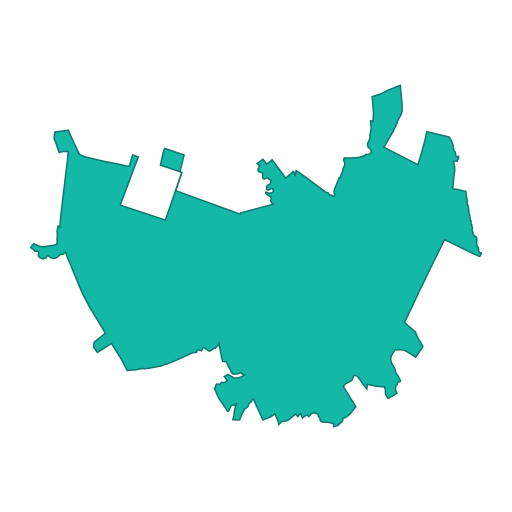 Podu Iloaiei, Iasi, Romania
{"feature_id": "2599482B47380888133055", "entity_name": "Podu Iloaiei", "entity_type": "district", "adm_level": 2, "iso_a3": "ROU", "parent_name": "Romania", "parent_adm1": "Iasi", "projection": "orthographic", "projection_center": [27.271, 47.215], "detail": "fine", "context": "isolated", "style": "filled", "palette": "teal", "viewbox_px": 512, "rotation_deg": 0, "n_neighbors": 0, "source": "geoboundaries", "source_scale": "gbopen_adm2", "svg_char_len": 6062}
<svg xmlns="http://www.w3.org/2000/svg" viewBox="0 0 512 512"><path d="M97.3,352.4L111.5,343.5L122.9,361.9L124.4,365.3L127.3,370.7L128.9,370.3L135.7,369.8L142.5,368.5L144.8,368.7L149.7,368.1L161.0,366.0L164.7,364.5L167.6,363.8L174.0,361.2L193.6,352.4L195.9,352.6L196.4,352.4L197.3,350.0L197.7,349.7L201.3,350.7L201.9,350.2L202.6,348.2L203.2,347.7L204.0,347.7L204.6,348.0L209.3,351.2L211.9,349.8L213.2,348.7L214.3,348.2L215.4,348.2L215.7,348.0L216.3,347.0L218.1,345.3L219.0,343.1L221.5,357.1L222.7,361.4L226.2,361.8L230.9,371.2L232.4,373.7L233.8,374.1L237.0,374.0L238.5,373.5L240.7,372.5L242.5,374.2L243.7,374.9L244.5,375.0L242.0,376.5L238.4,377.9L234.4,378.1L227.7,374.3L224.2,376.6L227.3,380.6L225.6,381.9L223.8,382.6L221.8,382.2L221.0,382.8L220.3,384.0L219.7,384.4L216.9,383.9L216.5,384.1L215.9,385.2L215.2,387.5L214.3,388.3L218.4,397.6L226.0,408.8L227.4,411.2L227.8,411.4L228.2,411.3L228.9,410.5L231.5,405.1L232.4,404.7L233.5,405.4L234.1,405.5L234.8,405.2L236.3,403.7L236.6,403.9L234.9,408.6L234.5,410.8L233.9,415.8L232.8,419.7L239.5,419.9L241.8,414.5L244.3,409.8L244.8,408.7L245.5,408.7L248.4,406.0L248.4,404.4L249.3,403.3L251.3,401.6L252.1,400.1L252.5,398.8L253.5,399.1L254.9,402.5L262.9,420.0L270.6,416.9L274.9,414.1L277.9,420.4L278.8,424.5L282.1,421.3L285.4,421.2L288.1,420.3L295.6,414.1L297.8,416.7L300.1,413.7L300.5,413.5L302.5,418.0L305.6,415.6L306.1,415.4L307.5,415.4L308.6,416.6L309.7,415.8L310.7,414.3L311.5,413.5L312.6,413.0L314.1,412.9L317.1,413.7L318.0,414.2L318.3,415.1L318.4,416.4L320.0,418.5L320.1,420.1L320.4,420.9L321.0,421.4L322.8,422.1L328.5,422.4L333.0,423.4L333.6,423.9L333.4,424.6L333.8,426.7L338.1,425.4L338.3,424.7L338.6,424.3L339.3,424.1L341.2,422.5L342.5,420.8L342.7,420.3L342.9,418.2L345.4,417.6L348.5,415.3L350.7,413.2L352.6,410.9L355.1,407.6L355.9,406.9L343.3,386.5L344.5,384.7L345.7,383.8L350.3,381.3L352.3,379.8L353.5,375.9L354.2,375.6L356.0,375.6L357.1,376.1L357.7,376.6L362.4,383.3L366.8,389.1L367.4,384.3L374.7,386.0L381.9,386.8L384.2,386.7L385.2,389.0L385.4,390.7L385.4,392.6L385.7,394.4L387.3,396.9L388.1,398.4L394.2,395.1L396.0,393.7L397.0,393.2L395.8,390.6L395.6,389.4L395.5,388.1L395.8,385.7L396.3,385.1L397.2,384.6L397.5,383.2L397.9,382.3L400.0,381.6L400.5,381.1L399.9,379.4L398.3,376.3L396.8,374.4L396.0,372.8L394.5,367.9L391.5,363.0L390.7,359.4L390.9,357.4L392.1,354.4L395.2,349.6L396.9,349.9L401.7,349.7L405.0,350.5L415.7,357.2L422.8,346.8L422.0,344.7L420.4,341.9L419.1,340.0L417.7,337.6L415.3,331.8L404.5,322.5L412.0,307.0L418.8,292.1L422.3,285.3L429.6,270.0L444.6,239.6L471.4,252.8L479.1,256.3L479.8,256.4L481.0,254.4L481.3,253.1L479.4,252.4L479.0,251.8L478.5,250.1L478.7,249.3L478.2,248.2L478.2,247.5L477.1,246.1L476.8,244.3L476.5,243.6L476.7,242.9L476.5,242.2L476.9,241.7L476.7,241.3L477.0,238.9L476.4,238.1L476.2,236.9L475.8,236.5L475.0,236.5L473.0,233.7L472.9,232.3L472.0,229.8L472.5,228.7L472.2,227.0L471.7,225.8L471.8,224.5L471.2,224.0L471.0,223.5L471.0,221.6L470.8,221.2L470.9,220.5L470.2,219.5L469.9,217.9L470.1,217.6L469.9,216.9L470.0,216.5L468.9,213.2L469.0,211.8L468.4,210.6L468.8,209.4L468.3,207.9L468.5,207.1L467.8,205.0L467.2,204.2L466.7,202.3L467.2,201.9L467.4,201.0L466.8,198.7L466.6,196.7L466.0,194.9L466.2,193.2L465.9,192.6L465.9,191.4L455.7,189.1L452.7,188.8L454.0,176.1L454.8,170.2L454.6,167.0L453.9,163.3L453.7,161.5L455.9,160.9L457.0,161.3L457.8,159.6L458.6,158.6L458.7,157.8L458.5,157.3L458.6,156.6L458.2,156.3L457.9,156.3L457.6,156.8L456.9,156.9L456.0,156.1L455.7,154.9L455.4,152.7L455.3,152.2L453.9,150.5L452.9,144.8L452.4,142.9L450.7,139.3L449.1,137.0L426.8,131.7L425.0,140.1L421.1,154.4L417.9,164.7L384.0,147.3L387.1,141.7L393.3,131.2L396.7,123.7L396.9,123.4L396.6,123.3L397.7,120.9L400.9,114.7L401.8,112.4L402.2,109.9L402.0,103.5L400.3,85.3L389.1,89.7L379.7,94.3L372.2,96.6L373.0,105.6L373.4,113.6L373.1,121.2L370.5,120.8L371.2,128.4L369.8,135.8L370.1,136.9L369.7,138.8L368.4,142.0L367.6,143.5L367.4,144.8L368.3,147.5L369.5,148.3L371.0,150.0L371.4,151.6L371.0,152.6L369.2,154.3L365.7,154.4L364.7,155.6L360.1,157.1L357.1,157.6L348.9,158.1L344.3,157.9L343.7,159.4L343.6,160.3L344.5,162.1L344.8,163.4L344.7,164.7L344.4,165.9L343.3,168.3L342.3,172.0L341.3,174.1L340.1,178.0L339.4,177.7L337.2,182.5L334.8,188.6L334.0,191.5L334.1,192.7L334.9,195.3L333.4,196.4L331.3,195.1L329.6,195.0L329.1,195.1L328.3,193.0L324.4,191.6L324.5,191.2L300.3,173.2L296.2,170.6L295.2,176.0L293.7,171.5L293.1,171.7L285.7,178.0L272.1,159.7L266.6,164.2L263.0,159.2L257.0,163.6L258.2,164.2L259.3,165.4L259.2,167.2L258.0,169.2L258.1,170.5L258.6,171.6L262.0,172.8L262.8,173.5L262.7,177.2L263.1,178.7L264.3,179.1L266.7,177.8L268.0,177.9L268.8,179.0L270.7,180.4L270.9,180.8L271.0,181.4L270.1,184.1L268.9,184.8L267.2,185.4L267.0,185.7L266.7,186.3L266.6,188.4L266.7,189.2L267.1,189.8L267.5,190.0L268.3,190.0L269.5,189.6L271.1,188.5L272.3,188.7L273.3,190.0L273.4,190.7L273.1,191.7L272.3,192.4L271.3,192.8L268.9,193.3L266.7,192.2L266.0,192.2L265.6,192.7L266.1,193.8L267.5,195.0L270.4,196.5L271.3,198.3L271.2,199.1L270.7,200.4L270.6,201.1L272.1,203.1L273.5,204.2L241.0,212.8L240.6,212.9L240.3,214.2L175.7,190.7L182.0,172.4L180.0,171.6L184.1,155.0L164.7,148.4L163.3,152.1L160.4,165.1L181.3,172.2L181.7,172.6L165.4,220.1L120.7,205.3L120.4,205.0L120.5,204.4L138.3,156.9L132.6,154.9L129.6,165.3L129.0,166.1L127.7,166.2L116.9,163.8L104.3,161.4L84.8,156.8L79.5,154.4L71.7,138.0L68.4,130.2L54.8,132.0L54.5,134.0L54.2,139.3L55.2,140.8L59.0,152.4L62.8,151.6L66.5,151.4L68.2,151.7L67.4,160.5L60.7,216.4L59.9,227.1L58.0,226.1L57.9,227.3L57.0,231.1L57.3,233.7L57.0,243.7L56.5,244.3L55.1,244.9L52.9,245.4L43.6,246.8L40.9,246.6L38.6,246.0L33.7,243.6L30.7,247.5L31.3,248.1L32.9,249.1L35.0,251.4L37.2,251.2L37.8,251.4L38.4,252.0L38.8,253.3L38.8,253.8L38.2,255.0L38.5,256.3L39.3,257.2L42.6,258.9L43.1,258.9L44.5,258.1L45.5,258.1L46.1,257.9L47.0,256.3L47.8,255.8L48.7,256.1L50.5,257.6L51.7,258.0L54.6,258.3L56.2,257.8L56.9,257.5L58.8,256.0L59.1,255.4L60.4,254.6L63.0,254.3L65.3,252.0L79.4,286.5L82.8,294.1L88.7,305.5L105.4,333.2L94.2,342.2L93.9,343.5L93.9,345.1L93.5,346.9L97.3,352.4Z" fill="#14b8a6" stroke="#0f766e" stroke-width="1.5"/></svg>